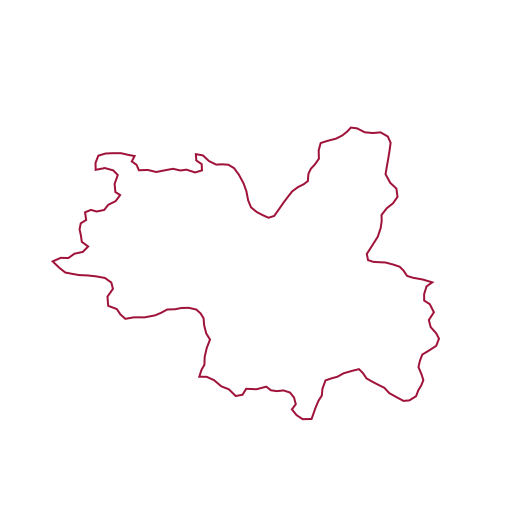 outline of Ubaporanga, Minas Gerais, Brazil, rotated 193°
{"feature_id": "56859067B21138339799790", "entity_name": "Ubaporanga", "entity_type": "district", "adm_level": 2, "iso_a3": "BRA", "parent_name": "Brazil", "parent_adm1": "Minas Gerais", "projection": "albers", "projection_center": [-42.065, -19.667], "detail": "fine", "context": "isolated", "style": "outline", "palette": "rose", "viewbox_px": 512, "rotation_deg": 193, "n_neighbors": 0, "source": "geoboundaries", "source_scale": "gbopen_adm2", "svg_char_len": 2552}
<svg xmlns="http://www.w3.org/2000/svg" viewBox="0 0 512 512"><g transform="rotate(193 256 256)"><path d="M192.4,402.5L195.2,397.7L199.0,392.9L204.5,388.3L212.2,384.3L218.4,380.6L218.7,373.1L216.6,364.9L219.3,358.3L222.2,353.3L223.4,347.7L222.3,340.7L225.8,336.5L230.5,332.7L235.3,327.1L238.1,321.1L240.9,314.9L244.0,307.1L247.3,299.1L252.4,296.1L258.6,297.3L265.4,299.1L271.8,302.3L276.2,308.5L279.9,316.9L284.4,323.9L290.9,331.3L297.2,336.7L303.4,338.7L309.8,337.7L315.3,336.1L323.1,337.9L330.4,342.1L337.5,341.7L335.7,335.7L329.6,333.3L327.9,327.3L334.1,323.7L343.1,324.5L349.0,322.3L356.5,322.3L364.3,318.9L372.1,315.4L380.8,315.5L389.4,313.2L392.9,318.0L398.3,320.2L396.8,326.1L403.0,325.8L410.7,325.8L418.9,323.9L425.7,322.0L432.2,318.3L433.3,310.5L431.6,303.9L423.0,307.7L414.3,307.3L408.9,303.8L410.0,294.4L407.4,286.7L402.1,284.8L405.1,277.9L411.5,272.6L414.3,266.7L421.3,263.5L427.2,263.8L432.4,260.1L429.6,252.9L434.1,248.4L433.9,242.2L431.3,236.8L428.9,230.6L421.7,227.5L425.7,221.0L433.4,217.4L438.4,211.8L445.8,210.3L452.9,205.0L444.9,200.2L438.1,197.0L432.2,197.2L424.3,197.6L415.5,199.2L407.2,200.2L398.3,200.6L391.0,197.6L388.0,191.8L391.6,183.0L388.8,174.2L379.7,173.0L375.0,168.6L369.2,165.4L361.1,168.8L350.9,171.1L341.1,175.4L335.8,179.2L330.5,183.9L323.2,185.8L316.9,188.6L309.8,190.4L302.1,190.4L297.1,187.6L293.1,183.6L290.9,176.7L287.1,169.4L282.0,164.2L283.3,155.4L283.3,146.0L281.8,138.5L283.5,132.8L284.1,125.6L276.9,127.2L269.0,125.6L260.5,121.2L252.4,120.0L244.3,115.0L237.9,117.8L235.7,124.4L225.5,126.3L216.6,131.0L211.2,128.5L205.4,129.0L198.9,131.2L192.1,130.6L187.1,126.6L183.9,120.6L186.5,114.6L180.6,110.0L173.9,107.5L165.2,109.7L163.9,121.2L162.6,128.8L160.5,134.8L161.4,141.7L160.3,150.4L154.9,153.8L149.6,156.6L144.3,161.4L135.8,166.1L130.2,168.9L125.5,166.0L120.8,161.6L114.8,159.8L107.8,158.0L101.2,156.4L95.4,152.4L87.1,150.0L79.7,148.0L74.1,149.8L68.5,155.4L67.7,161.4L65.9,167.0L65.0,172.6L68.0,177.8L72.7,184.3L72.7,190.8L71.8,197.4L66.0,203.0L60.2,209.0L59.1,216.6L63.0,221.2L69.8,226.0L73.2,232.5L70.0,241.2L75.9,248.2L82.1,250.4L83.6,256.6L83.0,264.8L78.3,270.0L88.3,270.6L98.4,270.1L104.3,270.6L109.0,275.0L113.7,277.9L119.9,278.5L128.4,278.8L133.8,277.8L140.2,276.7L145.9,277.2L148.5,282.9L145.3,291.9L141.7,302.1L140.8,311.3L141.4,318.3L142.9,324.3L139.3,332.0L134.4,338.1L131.4,345.5L134.4,353.3L141.7,357.5L148.2,364.9L148.8,375.5L149.1,381.5L149.5,387.5L150.3,396.6L154.5,402.1L162.4,404.5L169.8,402.1L177.9,401.0L186.2,403.1L192.4,402.5Z" fill="none" stroke="#9f1239" stroke-width="2"/></g></svg>